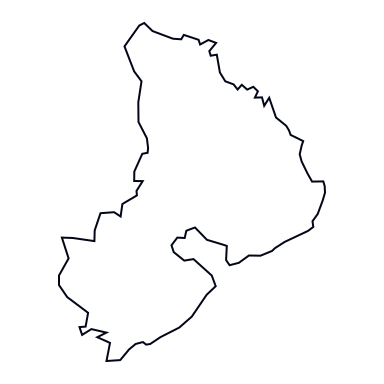 outline of Beaufort, South Carolina, United States of America
{"feature_id": "52423323B11454809492263", "entity_name": "Beaufort", "entity_type": "district", "adm_level": 2, "iso_a3": "USA", "parent_name": "United States of America", "parent_adm1": "South Carolina", "projection": "orthographic", "projection_center": [-80.723, 32.391], "detail": "fine", "context": "isolated", "style": "outline", "palette": "ink", "viewbox_px": 384, "rotation_deg": 0, "n_neighbors": 0, "source": "geoboundaries", "source_scale": "gbopen_adm2", "svg_char_len": 1464}
<svg xmlns="http://www.w3.org/2000/svg" viewBox="0 0 384 384"><path d="M124.5,46.4L134.1,71.3L141.5,81.3L138.3,102.3L138.5,122.0L146.9,138.3L148.1,148.1L147.6,152.8L142.3,153.8L134.3,171.6L134.2,181.0L142.7,181.1L136.5,190.9L136.9,195.4L122.4,204.0L120.6,216.5L114.1,212.2L100.5,213.2L94.7,230.4L94.4,241.1L72.9,238.0L61.9,237.6L68.6,258.4L59.0,275.5L59.0,285.1L67.2,297.1L88.1,312.8L85.6,326.6L79.5,327.1L82.1,334.9L91.4,329.1L106.4,332.6L97.3,337.2L110.0,342.9L106.5,361.0L120.2,360.1L129.1,349.4L135.6,344.0L141.5,342.4L143.0,342.1L146.1,344.6L150.2,344.0L160.5,337.1L179.2,327.6L191.8,316.6L206.7,294.7L215.7,286.2L211.8,275.6L193.5,259.1L184.3,260.6L183.5,260.0L173.7,252.1L171.5,245.3L177.3,237.6L184.7,238.0L186.3,230.8L189.0,229.7L195.0,227.5L206.9,239.8L222.5,244.5L226.8,245.9L226.1,260.1L229.6,265.2L238.9,262.8L248.9,255.5L260.5,255.7L272.1,250.9L274.9,248.2L284.7,241.9L308.2,230.8L313.3,226.9L312.5,221.2L317.7,214.0L322.7,200.5L325.0,192.7L324.7,186.2L323.3,181.4L312.1,181.6L307.5,173.5L301.8,161.8L301.6,161.3L299.7,154.3L301.7,145.4L303.2,141.1L290.6,134.9L289.0,130.4L286.2,125.8L276.0,117.5L269.2,97.8L264.2,105.8L262.0,97.4L254.9,97.6L257.9,91.3L253.3,86.8L247.2,89.6L241.8,84.8L237.6,89.5L233.6,84.4L225.3,81.3L219.9,72.5L216.8,54.7L210.7,55.7L209.3,51.1L216.1,42.9L208.4,40.0L200.1,44.5L198.6,39.8L183.8,34.9L181.2,39.3L172.9,38.7L152.6,31.1L144.2,23.0L139.3,25.5L130.2,38.3L124.5,46.4Z" fill="none" stroke="#020617" stroke-width="2"/></svg>